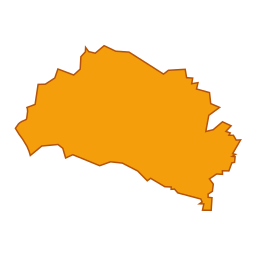 the district of Bogovinje, Bogovinje, North Macedonia
{"feature_id": "65306769B92913941164091", "entity_name": "Bogovinje", "entity_type": "district", "adm_level": 2, "iso_a3": "MKD", "parent_name": "North Macedonia", "parent_adm1": "Bogovinje", "projection": "mercator", "projection_center": [20.886, 41.947], "detail": "fine", "context": "isolated", "style": "filled", "palette": "amber", "viewbox_px": 256, "rotation_deg": 0, "n_neighbors": 0, "source": "geoboundaries", "source_scale": "gbopen_adm2", "svg_char_len": 1168}
<svg xmlns="http://www.w3.org/2000/svg" viewBox="0 0 256 256"><path d="M219.6,107.4L210.7,103.6L209.5,92.6L196.5,89.0L198.0,82.7L191.7,83.7L192.7,78.1L186.6,77.7L185.2,69.3L168.4,70.3L163.5,74.1L129.0,52.1L115.7,51.2L104.1,45.7L95.2,53.2L88.7,51.6L85.6,47.4L85.4,51.8L80.9,56.7L80.2,69.1L73.7,75.0L57.9,69.0L54.8,78.0L45.3,84.2L38.1,84.4L35.1,104.4L26.9,107.5L27.4,108.7L27.6,111.4L26.8,117.6L26.4,119.3L25.6,119.8L21.7,121.5L20.1,122.5L18.5,123.9L15.4,128.3L18.9,134.0L22.8,139.4L27.0,146.4L29.1,151.4L30.3,155.5L41.8,146.0L58.0,144.5L62.8,148.3L65.6,158.0L72.8,154.7L99.7,165.7L110.5,161.8L122.4,163.1L137.7,171.0L147.3,180.8L150.6,178.3L164.8,186.7L171.2,187.0L171.1,189.3L174.5,189.1L177.8,192.9L200.8,199.0L202.1,202.0L199.5,203.8L203.8,203.9L202.5,210.2L211.2,210.3L212.0,197.7L208.1,197.3L208.1,194.1L212.4,191.3L213.3,184.1L209.4,178.9L216.6,174.0L222.5,174.3L222.4,170.8L228.9,170.9L231.8,162.9L234.6,162.3L235.1,156.7L232.2,156.4L235.5,154.4L232.6,153.7L240.6,139.9L236.2,140.1L233.4,135.3L228.9,135.2L230.2,132.9L225.9,131.4L231.1,125.8L222.5,121.8L213.2,129.7L205.8,131.5L208.8,115.3L219.6,107.4Z" fill="#f59e0b" stroke="#b45309" stroke-width="1.5"/></svg>